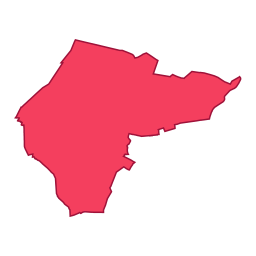 Landgraaf, Limburg, Netherlands
{"feature_id": "6326949B53909920900869", "entity_name": "Landgraaf", "entity_type": "district", "adm_level": 2, "iso_a3": "NLD", "parent_name": "Netherlands", "parent_adm1": "Limburg", "projection": "robinson", "projection_center": [6.038, 50.902], "detail": "fine", "context": "isolated", "style": "filled", "palette": "rose", "viewbox_px": 256, "rotation_deg": 0, "n_neighbors": 0, "source": "geoboundaries", "source_scale": "gbopen_adm2", "svg_char_len": 5382}
<svg xmlns="http://www.w3.org/2000/svg" viewBox="0 0 256 256"><path d="M70.9,50.5L61.0,62.8L62.7,62.9L60.7,66.0L59.4,68.0L54.0,76.1L53.0,77.6L51.3,80.2L50.6,81.3L49.6,82.8L49.0,83.7L48.7,84.1L46.1,85.7L42.8,87.7L36.4,93.5L30.2,99.3L28.6,100.7L26.5,102.7L26.4,102.8L23.6,105.3L22.4,106.5L21.5,107.3L21.1,107.2L20.2,109.0L19.8,109.7L19.3,110.7L18.9,111.4L18.6,112.1L18.2,112.9L17.1,115.1L16.4,116.6L16.1,117.1L15.9,117.4L15.6,117.4L15.4,117.8L15.5,117.8L15.8,117.8L16.0,117.9L17.0,117.9L18.1,117.9L18.9,117.9L19.2,118.0L18.8,119.2L18.4,119.7L18.0,119.9L17.6,120.8L17.9,121.0L19.7,121.2L20.6,121.5L20.5,121.9L21.2,122.1L21.5,122.2L21.4,122.5L22.0,122.7L21.6,123.9L21.3,124.8L22.2,125.4L22.8,125.2L23.3,125.1L23.8,125.1L23.9,126.1L23.9,126.6L24.0,127.3L24.0,128.0L24.1,128.5L24.1,129.2L24.1,131.4L24.1,131.9L24.1,132.5L24.2,133.2L24.2,134.4L24.2,134.9L24.3,136.9L24.3,137.4L24.3,138.0L24.3,138.7L24.3,139.4L24.4,141.0L24.4,142.7L24.4,145.3L24.5,146.8L24.9,147.9L25.0,148.1L25.5,149.4L25.9,150.1L27.3,153.0L27.6,153.7L27.7,153.8L28.3,154.9L28.4,155.2L29.9,154.7L30.2,154.6L30.5,154.6L31.7,154.3L32.8,154.1L32.5,157.1L33.3,156.9L33.9,156.8L34.3,157.5L34.5,157.9L34.9,158.5L35.0,158.5L35.3,158.9L35.8,158.6L36.2,159.0L36.7,159.4L37.0,159.6L37.4,159.9L37.7,160.1L37.9,160.3L38.7,160.5L39.4,160.8L42.0,163.2L42.3,163.6L45.5,166.4L47.5,168.1L47.7,168.3L50.3,171.0L51.1,172.0L53.7,174.2L54.2,175.6L55.5,178.3L56.5,193.5L57.3,195.4L57.7,195.9L57.5,196.4L58.7,197.8L58.8,198.2L63.7,202.6L63.8,202.9L63.9,203.0L64.4,203.8L64.9,204.3L68.1,206.7L68.6,207.1L69.1,208.8L69.9,209.8L70.2,216.1L73.0,215.4L73.3,215.2L74.0,215.1L74.9,214.7L77.5,213.6L78.7,213.1L79.2,212.8L79.8,212.5L80.6,213.3L80.8,213.4L81.6,212.9L81.9,212.6L82.2,212.5L82.5,212.4L82.7,212.2L83.1,212.1L83.6,212.0L83.9,211.9L84.2,211.9L84.4,211.8L84.9,211.8L85.2,211.8L85.7,211.8L87.2,211.9L91.4,212.2L92.8,212.2L93.7,212.3L94.8,212.3L95.7,212.3L100.2,212.3L103.4,212.4L103.5,212.4L103.5,210.0L104.7,207.0L105.0,206.3L105.4,205.4L107.4,198.6L111.5,191.7L109.8,187.8L110.8,186.4L112.3,182.5L114.2,177.7L116.4,172.1L123.7,166.9L124.5,167.3L126.3,168.6L127.1,169.0L127.4,169.2L127.7,169.3L127.8,169.4L128.7,169.8L129.4,169.9L129.5,169.6L130.0,168.9L130.3,168.2L130.7,167.5L131.1,166.8L131.5,166.2L132.0,165.5L132.7,164.5L132.7,164.0L133.2,163.5L133.6,163.4L134.8,162.3L132.9,161.3L131.4,160.3L130.7,159.9L129.9,159.5L126.7,157.9L123.7,156.4L124.0,156.2L124.2,155.9L124.2,155.7L124.3,155.5L124.3,155.4L124.2,155.2L124.3,155.0L124.6,155.0L124.8,154.9L125.0,154.8L125.0,154.7L124.9,154.5L124.9,154.4L125.1,154.2L125.3,154.2L125.5,154.2L125.9,154.2L126.1,154.4L126.4,154.4L126.6,154.5L127.0,154.4L127.3,154.4L127.5,154.4L127.9,154.4L128.1,154.3L128.3,154.3L127.9,153.5L127.7,152.9L127.5,152.0L127.4,151.6L127.3,150.9L127.3,150.4L127.3,150.1L127.3,149.5L127.3,149.2L127.4,148.9L127.4,148.5L127.5,148.5L127.6,147.6L127.4,147.5L127.6,147.1L127.5,146.9L127.3,146.6L127.1,146.4L127.1,146.2L127.0,145.9L127.1,145.7L127.6,145.0L127.9,144.7L128.0,144.6L128.3,144.3L128.7,144.3L128.9,144.0L129.2,143.5L129.6,142.7L130.0,142.0L130.4,141.2L130.5,140.9L130.5,140.7L130.3,140.2L130.1,140.0L129.3,139.2L128.9,138.6L128.4,137.9L128.3,137.7L128.2,137.5L128.2,137.0L128.3,136.4L128.5,135.4L129.1,133.6L132.6,134.5L132.9,134.4L134.2,134.7L135.8,135.0L137.7,135.5L138.9,135.7L140.2,136.0L141.4,136.3L141.7,136.3L145.3,136.0L149.8,135.6L149.8,135.8L151.9,135.6L151.8,135.4L157.3,134.9L157.3,134.5L159.0,134.4L158.7,132.1L158.7,130.8L158.7,130.7L158.7,130.4L158.5,130.0L158.3,129.7L158.8,129.5L159.3,129.3L162.5,128.3L163.5,128.0L164.9,131.4L175.0,128.4L175.0,127.9L174.8,125.9L174.7,125.1L174.6,124.7L177.3,124.2L180.3,123.1L196.7,120.8L200.8,120.1L201.3,120.1L203.7,119.8L209.4,119.0L209.5,118.5L209.7,117.5L210.0,116.4L210.3,115.5L210.6,114.7L211.0,113.4L211.4,112.4L211.6,111.9L211.7,111.7L211.8,111.6L211.8,111.4L211.9,111.2L212.0,111.2L212.1,110.9L212.2,110.7L212.3,110.4L212.4,110.2L212.5,110.0L212.5,109.9L212.7,109.6L212.8,109.5L212.9,109.3L213.0,109.2L213.2,108.9L213.3,108.8L213.4,108.7L213.5,108.6L213.6,108.4L213.8,108.2L214.0,108.0L214.0,107.9L214.3,107.7L214.5,107.5L214.5,107.4L214.9,107.1L215.3,106.8L215.7,106.6L215.8,106.5L215.9,106.4L216.0,106.4L216.2,106.2L216.7,105.9L218.2,104.9L222.4,102.2L222.9,101.9L223.6,101.2L223.9,100.8L224.2,100.2L224.5,99.7L224.6,99.2L224.6,98.6L224.5,98.0L224.5,97.8L224.4,97.2L224.5,96.7L224.7,96.2L225.0,95.8L228.7,91.8L229.2,91.2L230.1,90.4L230.6,90.1L231.3,89.8L233.8,88.6L234.4,88.4L234.9,88.0L235.4,87.6L235.8,87.3L236.2,86.9L236.6,86.4L238.1,84.1L238.4,83.7L238.6,83.4L238.8,83.0L239.2,82.2L240.5,79.6L240.6,79.2L240.6,78.9L240.6,78.5L240.6,78.1L240.4,77.8L240.2,77.5L239.6,76.7L239.4,76.9L231.9,81.2L230.3,84.1L225.9,82.3L224.6,81.8L221.5,79.8L218.1,77.5L214.4,75.9L210.4,74.7L204.3,73.0L200.2,72.5L199.9,72.6L198.8,72.5L191.9,71.5L188.1,74.8L184.1,78.2L184.1,78.3L182.3,78.1L181.1,78.0L180.2,77.6L178.8,77.2L176.0,76.1L173.4,74.9L172.7,74.5L171.9,75.1L171.2,75.6L170.6,76.2L170.2,76.7L159.4,74.9L153.3,73.9L154.6,70.0L156.8,63.7L157.9,60.5L156.1,59.5L151.6,56.4L147.5,53.7L146.4,53.0L143.6,54.0L142.7,54.4L141.5,55.3L139.1,56.6L138.4,57.0L137.9,57.3L134.9,58.0L134.3,56.8L133.7,55.8L133.6,55.6L133.4,55.3L133.1,55.1L132.4,54.5L131.8,54.2L130.4,53.6L126.7,52.1L122.3,50.4L119.7,50.4L110.0,48.1L101.6,46.1L84.6,42.1L75.4,39.9L74.6,41.5L70.9,50.5Z" fill="#f43f5e" stroke="#9f1239" stroke-width="1.5"/></svg>